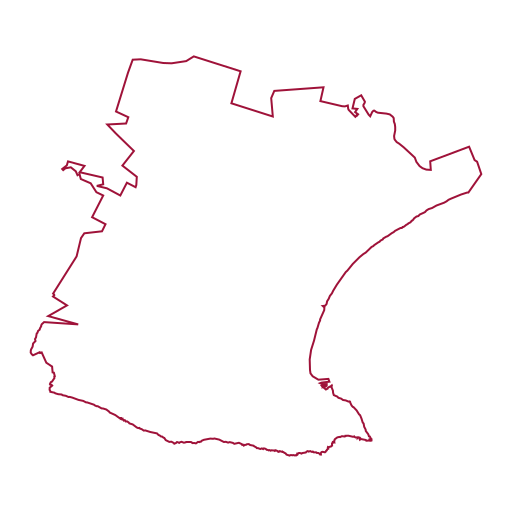 Nelson Mandela Bay, Eastern Cape, South Africa
{"feature_id": "47623444B28857154592205", "entity_name": "Nelson Mandela Bay", "entity_type": "district", "adm_level": 2, "iso_a3": "ZAF", "parent_name": "South Africa", "parent_adm1": "Eastern Cape", "projection": "orthographic", "projection_center": [25.553, -33.802], "detail": "fine", "context": "isolated", "style": "outline", "palette": "rose", "viewbox_px": 512, "rotation_deg": 0, "n_neighbors": 0, "source": "geoboundaries", "source_scale": "gbopen_adm2", "svg_char_len": 6030}
<svg xmlns="http://www.w3.org/2000/svg" viewBox="0 0 512 512"><path d="M50.3,391.8L54.5,392.7L55.2,393.3L58.3,394.2L61.7,394.5L62.5,395.2L65.8,395.8L68.5,397.0L69.7,396.9L72.3,397.6L78.5,399.9L83.2,400.9L86.1,402.4L87.1,402.4L94.0,404.7L94.8,405.4L96.6,406.2L97.7,406.2L101.6,408.4L103.1,408.5L106.3,409.5L109.1,411.6L109.7,412.5L115.2,415.0L119.4,418.0L120.7,418.0L120.7,418.7L121.4,418.4L121.7,419.3L122.4,419.3L122.7,419.0L123.0,419.8L123.9,420.0L124.0,420.6L125.1,420.4L125.8,421.5L127.1,421.4L128.6,422.4L129.4,423.4L132.7,424.4L136.8,427.5L138.2,428.1L139.4,427.9L140.1,428.7L141.6,429.1L143.8,430.6L145.2,430.4L150.3,432.0L157.0,433.4L158.6,435.1L159.5,435.3L161.0,436.5L162.2,436.6L163.5,437.7L164.3,437.9L165.7,440.1L169.3,441.9L171.4,441.7L173.8,443.0L174.3,443.7L176.0,443.0L176.8,442.1L177.5,442.1L179.2,442.9L179.9,442.3L181.5,441.8L183.9,442.7L185.8,442.3L186.1,442.0L190.5,442.0L191.5,442.2L192.4,443.1L194.3,443.0L195.9,443.4L198.0,441.9L199.6,442.1L200.0,441.7L200.9,441.7L201.8,440.7L203.9,439.8L210.3,438.6L213.1,438.8L214.4,438.5L219.2,439.6L223.9,442.0L225.8,441.8L228.1,442.6L229.7,442.1L232.9,442.9L234.3,443.8L238.9,442.8L241.7,444.1L242.2,444.9L242.9,444.6L243.8,445.6L244.7,444.9L245.8,444.9L246.8,444.3L247.2,444.3L247.3,444.7L247.4,444.2L248.8,444.1L250.1,445.0L253.6,445.7L254.0,446.2L256.1,447.3L256.8,448.1L257.9,448.1L260.3,449.0L261.9,448.4L263.1,449.1L263.8,448.4L264.5,448.5L265.7,448.9L266.7,449.8L267.8,449.9L268.7,450.4L269.6,450.1L270.7,450.7L271.3,450.3L274.0,450.5L274.7,450.9L275.1,450.4L275.4,450.6L275.8,450.3L278.1,451.3L278.1,451.7L278.5,451.9L279.2,451.7L279.8,451.1L281.4,451.7L282.3,451.5L282.6,452.0L283.5,452.1L284.4,452.9L285.5,453.3L286.5,454.6L289.6,455.6L290.3,455.1L292.0,455.1L292.5,455.3L293.6,455.1L295.0,455.5L295.5,455.2L296.3,455.4L297.4,454.7L297.5,454.2L297.1,454.0L297.3,453.5L298.0,453.7L298.9,453.0L299.9,453.0L301.6,453.6L302.1,453.1L305.8,452.5L306.6,451.6L307.8,451.1L308.6,451.6L310.3,451.1L311.5,451.8L312.6,451.9L312.9,451.6L313.7,452.3L316.1,452.3L316.7,452.9L318.4,453.0L319.4,453.6L320.1,454.5L320.9,454.5L320.7,453.3L321.5,452.1L322.6,451.8L324.9,452.3L325.6,451.8L326.2,450.7L326.8,450.4L327.1,449.5L328.3,448.7L327.8,447.7L328.0,447.0L328.4,447.2L331.2,446.4L331.6,445.8L332.1,445.6L332.0,443.5L332.5,442.7L332.9,442.7L332.7,442.4L332.8,441.9L333.4,441.6L334.1,441.9L333.9,441.3L334.4,441.0L334.6,439.6L335.0,439.1L337.3,437.4L339.4,436.9L340.0,437.1L341.9,436.2L344.7,436.5L345.5,436.2L345.5,435.8L348.3,435.7L353.1,436.8L354.2,436.4L354.5,436.9L355.7,437.5L357.6,437.3L357.6,437.9L358.1,437.4L359.7,437.6L360.2,438.1L360.0,438.7L360.3,439.0L359.7,439.2L359.9,439.7L360.8,439.0L365.4,439.9L366.0,440.1L366.3,440.7L368.4,440.6L368.9,440.2L370.0,440.8L371.3,440.6L371.4,440.1L370.4,439.2L370.9,439.1L371.5,439.5L371.5,439.1L371.0,438.8L369.8,436.5L368.9,436.3L368.3,434.3L365.8,431.0L365.6,429.5L364.2,426.8L363.6,423.5L362.7,422.5L361.5,418.6L360.1,415.2L359.1,414.4L356.6,410.4L353.5,407.1L352.8,406.9L351.6,405.5L350.3,402.8L350.1,401.8L349.7,401.4L348.5,401.6L345.7,400.4L343.0,400.0L341.1,398.6L338.4,397.8L337.3,396.6L333.8,395.1L333.1,392.8L332.9,390.6L331.6,387.4L331.5,386.5L331.9,385.7L331.8,385.4L330.1,386.8L329.6,386.7L328.2,387.6L327.6,388.1L327.6,388.6L325.9,389.5L323.7,387.6L325.0,386.8L324.3,386.6L322.9,387.1L323.0,386.8L322.4,386.7L321.8,385.9L326.7,385.3L326.7,384.1L322.8,384.5L320.1,383.2L321.6,382.6L329.4,381.7L328.4,378.9L318.4,379.7L312.7,376.3L310.5,373.4L310.0,370.0L309.7,359.4L311.1,349.9L314.0,340.7L316.8,329.3L317.4,328.1L319.0,322.7L320.1,320.5L320.1,319.4L324.2,310.2L324.4,307.5L322.8,306.0L325.2,305.7L326.6,303.9L327.1,301.3L328.7,298.8L329.9,295.9L331.9,293.4L333.2,290.7L336.9,284.6L345.8,272.0L347.3,270.7L352.8,263.9L359.5,257.2L363.4,254.0L365.7,252.6L371.6,246.9L373.3,246.1L374.1,245.2L378.5,242.2L379.5,241.8L380.5,240.6L382.8,239.4L383.2,238.5L386.2,236.7L387.6,236.2L391.7,233.2L393.7,232.1L395.1,230.8L400.5,228.0L401.8,228.0L402.6,227.0L403.1,227.1L404.2,226.5L406.3,224.8L407.7,224.1L408.3,223.4L410.5,222.3L411.7,220.7L412.3,220.6L413.5,219.4L413.8,218.6L416.5,216.5L418.3,216.1L419.8,214.5L423.8,212.7L425.1,212.0L426.4,210.5L428.6,209.1L432.1,208.0L436.5,205.5L444.1,202.7L446.6,201.3L448.5,199.8L450.9,198.7L461.1,194.5L467.3,192.5L468.4,192.5L481.3,174.1L477.1,161.7L474.6,160.1L469.1,146.7L430.2,161.3L430.8,169.9L426.3,169.6L422.5,168.2L419.6,166.1L416.4,161.9L414.8,157.6L403.7,147.3L399.1,143.6L396.7,142.1L394.8,139.7L394.4,138.8L394.1,136.0L395.2,130.5L395.2,127.0L394.8,124.0L393.9,121.6L393.7,118.1L392.7,116.7L389.8,114.4L386.4,113.6L377.9,112.7L376.2,112.0L374.3,110.6L373.5,110.7L372.2,112.0L370.2,116.3L368.6,114.6L363.4,106.2L363.4,104.9L364.7,102.7L364.9,101.7L361.2,95.3L354.8,98.9L352.5,108.4L357.3,108.9L355.1,112.1L358.1,114.3L356.8,115.8L356.4,115.4L355.3,116.8L348.7,109.9L348.2,108.8L347.8,105.5L344.9,106.4L342.1,106.2L320.4,101.1L323.5,87.3L274.3,90.9L271.2,98.1L272.8,116.5L231.4,103.3L240.6,71.3L193.8,56.4L186.2,61.1L171.6,63.3L163.2,63.0L140.7,59.3L132.7,59.7L128.0,72.7L116.0,111.5L128.3,117.2L126.1,123.5L107.3,124.5L115.7,133.3L133.9,151.0L122.4,165.6L136.8,176.8L136.3,185.0L135.6,187.2L126.9,182.7L120.3,195.5L106.9,188.3L96.8,185.9L103.2,184.3L102.6,177.5L79.7,172.2L84.5,165.9L68.0,161.4L66.8,165.4L62.2,169.0L63.2,170.1L65.4,168.3L70.8,167.3L75.8,171.3L77.5,175.2L79.5,174.0L80.8,179.0L90.7,183.3L96.4,192.2L103.2,195.5L92.1,217.2L105.5,224.2L102.0,231.3L84.3,233.3L81.0,238.1L76.6,256.4L53.1,293.6L54.1,294.5L54.3,295.1L53.0,296.5L67.0,305.4L48.2,316.1L78.2,324.4L44.1,322.1L41.8,324.2L41.2,325.4L41.2,326.2L39.9,328.5L39.7,329.6L38.1,330.9L37.4,332.9L36.7,333.5L36.0,337.4L35.0,339.1L35.5,341.0L33.1,343.5L32.6,346.7L31.1,349.4L30.8,350.5L30.7,352.6L31.8,354.3L33.0,355.3L39.7,352.2L40.0,353.0L41.1,352.9L41.7,352.5L46.3,362.7L52.1,366.6L52.6,372.4L53.9,372.7L54.8,376.2L54.3,376.5L54.4,378.1L52.0,381.6L50.8,382.2L49.9,384.1L50.1,384.6L51.6,384.9L52.2,385.6L49.7,387.7L49.6,389.9L50.2,390.8L50.3,391.8Z" fill="none" stroke="#9f1239" stroke-width="2"/></svg>